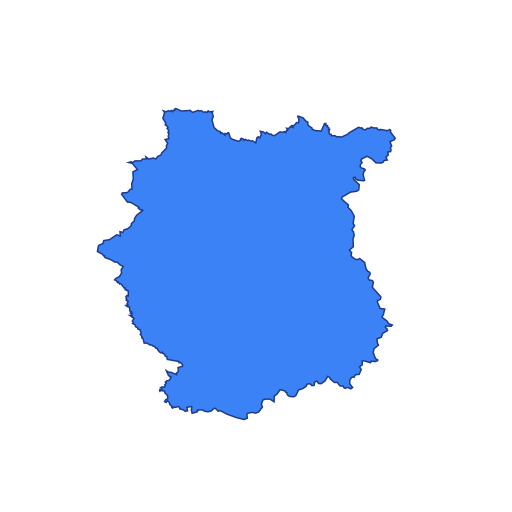 outline of San Sebastián del Oeste, Jalisco, Mexico, rotated 117°
{"feature_id": "50627088B9683107212546", "entity_name": "San Sebastián del Oeste", "entity_type": "district", "adm_level": 2, "iso_a3": "MEX", "parent_name": "Mexico", "parent_adm1": "Jalisco", "projection": "equal_earth", "projection_center": [-104.835, 20.855], "detail": "fine", "context": "isolated", "style": "filled", "palette": "blue", "viewbox_px": 512, "rotation_deg": 117, "n_neighbors": 0, "source": "geoboundaries", "source_scale": "gbopen_adm2", "svg_char_len": 6148}
<svg xmlns="http://www.w3.org/2000/svg" viewBox="0 0 512 512"><g transform="rotate(117 256 256)"><path d="M407.1,192.4L404.5,190.1L401.1,192.3L399.8,191.9L397.1,188.5L396.2,185.0L393.8,182.8L387.6,181.7L385.9,183.8L381.2,184.5L379.4,182.9L377.2,178.6L377.7,173.7L372.3,176.2L370.0,174.7L364.1,173.8L363.0,168.9L363.8,168.2L363.8,166.2L365.2,165.5L365.8,163.8L365.6,161.4L364.1,158.2L362.0,157.1L356.1,157.3L352.6,153.9L349.2,152.1L347.1,152.5L345.3,149.9L346.1,147.3L344.9,145.5L341.7,146.5L339.8,145.0L341.2,142.4L340.1,139.9L336.1,137.8L330.7,137.4L330.7,135.5L331.8,134.1L332.9,129.7L332.9,128.3L331.7,126.3L333.6,122.3L332.3,119.0L333.4,118.0L333.5,116.6L331.5,114.8L331.3,111.2L329.3,110.2L327.4,114.4L323.9,116.1L320.9,115.7L320.0,115.2L319.7,113.7L316.5,113.4L314.7,110.4L309.3,110.7L307.8,113.5L304.7,111.9L301.4,113.8L300.3,112.0L299.1,105.5L297.2,105.5L296.1,102.1L294.0,100.1L293.2,100.6L293.2,103.0L288.7,107.8L285.0,108.7L279.7,106.4L278.8,108.0L274.9,110.6L271.5,107.5L267.4,108.0L262.7,105.0L261.4,106.3L260.7,108.5L259.4,108.7L257.4,103.8L255.6,103.2L256.1,107.2L254.5,109.7L253.4,115.5L252.3,116.3L250.7,115.8L244.8,117.2L246.4,121.6L241.9,127.0L240.6,127.4L238.1,125.5L235.7,126.2L231.1,138.1L226.0,139.5L225.0,141.3L226.0,144.0L224.7,146.2L220.0,146.1L218.9,147.3L218.9,149.6L217.3,152.3L212.4,156.3L211.2,162.5L213.2,163.9L213.8,165.9L213.4,169.5L212.4,171.5L209.5,172.4L208.3,175.4L203.5,173.5L196.8,177.3L193.2,177.8L190.3,180.0L189.1,182.5L184.3,181.9L183.0,184.2L176.0,186.5L172.4,191.6L170.9,196.1L168.6,196.8L166.3,205.7L164.5,206.1L156.2,200.8L152.5,195.6L150.3,194.5L145.5,196.4L143.5,203.6L142.4,204.7L141.3,204.4L140.9,203.2L142.1,202.4L142.2,199.7L140.0,194.0L139.3,193.6L135.3,197.2L132.7,198.1L129.7,197.7L129.2,198.9L129.7,202.0L129.0,203.9L127.2,204.5L124.6,203.9L123.4,205.9L121.8,206.0L116.7,202.3L116.8,197.3L118.5,191.4L116.2,186.4L114.4,185.2L112.8,185.3L110.9,182.6L109.0,185.1L106.0,184.0L103.5,185.8L101.8,183.4L99.9,184.0L98.6,185.4L96.5,185.0L93.3,188.5L89.7,185.6L87.9,185.4L84.5,192.4L82.9,193.0L82.6,194.3L84.6,195.6L86.8,202.8L87.8,202.9L87.8,205.4L87.0,206.4L88.5,209.4L88.8,211.9L90.5,212.5L91.8,214.9L94.0,215.8L94.5,218.0L93.7,219.8L94.4,220.5L94.7,223.0L104.1,229.1L105.2,229.1L111.3,233.8L112.0,236.4L113.1,237.7L113.0,240.5L114.6,243.4L113.6,244.2L114.0,246.0L112.5,247.3L109.8,247.9L110.6,248.8L108.7,249.4L108.5,251.2L107.3,251.5L107.8,253.3L106.2,254.0L107.0,255.1L115.1,254.6L117.5,260.7L117.5,263.5L116.5,264.3L116.1,267.9L115.3,269.6L113.1,270.7L113.2,272.7L111.6,276.7L112.1,281.3L112.6,281.6L112.2,282.7L115.0,279.6L118.0,278.7L118.7,280.4L122.6,281.4L123.5,283.2L124.6,281.6L124.9,284.0L127.8,284.9L128.3,286.7L129.5,285.0L130.4,285.8L132.4,285.5L132.8,286.0L132.2,286.9L134.1,289.2L134.4,290.9L140.4,294.2L141.0,296.2L140.5,298.0L141.3,298.9L141.0,302.9L142.8,303.1L142.1,305.7L142.9,308.8L145.3,306.4L148.9,306.2L148.7,308.1L150.2,308.9L155.3,307.6L155.0,311.5L155.9,312.5L156.1,315.2L157.0,316.0L156.9,318.5L158.4,319.3L157.5,320.8L157.8,322.5L158.9,322.9L159.5,322.2L161.7,323.4L162.7,330.0L162.4,332.5L158.6,336.3L159.1,337.1L160.3,337.2L160.9,339.2L162.4,338.5L161.7,342.5L162.7,343.0L161.3,344.7L161.9,346.6L160.6,351.7L154.7,357.0L151.1,357.4L148.2,360.1L146.8,360.1L148.7,362.9L148.4,364.5L150.4,364.8L150.4,366.1L151.7,368.1L151.4,370.9L152.5,371.8L152.4,373.5L156.8,377.7L156.2,380.9L160.7,388.2L161.0,394.4L162.0,395.1L163.1,394.5L163.6,395.8L165.3,395.9L164.7,397.4L166.3,398.4L166.2,399.9L168.4,401.7L168.7,404.3L169.7,402.6L175.6,401.5L178.1,397.3L180.5,396.2L180.1,395.6L181.4,392.7L182.6,393.2L183.6,390.9L186.1,390.4L186.0,389.4L189.3,388.5L191.0,386.9L193.5,389.9L195.7,385.9L198.6,385.8L200.5,384.7L207.2,386.8L209.0,386.4L211.8,388.7L214.9,389.3L215.4,392.2L218.3,395.5L217.7,399.1L219.2,397.7L221.3,401.3L223.4,401.6L226.2,407.1L228.7,408.2L228.8,410.2L230.5,411.9L229.6,408.3L232.8,400.9L236.9,403.9L243.1,400.3L248.2,399.5L252.7,396.8L253.6,398.3L257.8,399.3L260.5,403.8L262.1,403.7L266.4,394.9L265.2,392.5L265.2,389.1L265.8,382.4L266.7,382.6L267.4,380.2L266.4,378.3L266.8,377.6L274.0,380.9L277.9,381.2L280.1,380.4L283.5,381.8L285.6,381.0L287.5,381.5L290.2,382.9L292.4,385.4L295.5,385.3L296.1,388.2L299.8,386.0L300.3,389.7L308.0,394.0L311.4,398.7L314.4,398.0L317.5,400.7L319.0,400.9L324.0,399.3L324.1,394.1L325.1,391.4L324.6,391.0L326.0,389.9L325.2,383.9L325.5,379.0L324.5,376.9L325.6,373.3L325.6,369.5L329.6,369.9L332.0,368.1L336.3,368.3L339.6,370.7L341.5,371.1L341.4,369.3L342.4,367.3L341.7,367.2L342.8,364.7L342.3,364.6L342.2,363.4L344.4,358.8L344.0,357.9L345.5,357.2L344.8,356.0L345.4,355.3L345.1,353.9L349.6,351.7L349.9,353.1L351.4,353.4L351.8,352.5L353.1,352.4L353.7,351.2L354.5,351.3L354.5,349.2L357.1,349.2L357.7,347.8L359.1,349.5L359.5,346.8L358.9,345.6L362.3,343.4L362.3,341.8L363.9,342.0L363.3,340.3L364.9,340.6L365.6,339.3L366.3,341.1L367.0,336.3L370.1,336.7L371.0,335.0L372.1,335.3L372.1,332.5L373.7,331.3L373.6,329.2L374.8,327.9L374.3,326.0L377.0,323.1L378.3,323.6L379.7,320.8L380.8,320.6L380.9,319.1L384.4,316.1L383.1,313.6L383.4,309.9L382.6,308.5L383.0,306.9L382.5,305.4L383.6,303.6L383.2,301.9L384.1,301.3L385.3,298.4L385.5,296.6L384.1,295.7L385.1,294.8L385.0,292.8L386.4,291.4L386.3,289.7L388.4,288.1L385.1,277.1L386.0,276.2L385.1,275.2L386.2,272.1L387.6,271.4L390.8,274.8L394.3,272.7L396.5,273.8L397.8,272.9L398.2,278.7L399.2,281.3L398.9,283.8L402.3,279.6L402.4,277.1L402.8,277.5L403.6,276.5L406.2,276.9L407.6,278.8L409.4,279.5L409.6,278.5L410.5,278.3L412.0,278.9L412.9,277.9L414.4,278.1L415.1,280.0L416.6,281.2L417.3,279.1L418.6,279.0L418.6,281.0L419.7,280.8L420.1,280.2L419.1,279.8L417.9,276.2L419.4,274.9L420.6,271.4L423.2,269.8L425.1,271.3L427.3,271.3L427.2,269.6L425.2,269.1L425.8,266.8L427.4,265.4L428.2,262.5L429.1,262.4L429.4,261.2L427.8,260.4L427.6,259.3L425.3,256.7L425.6,255.3L426.8,254.6L426.1,250.9L426.5,248.5L425.0,246.7L422.3,248.9L419.5,245.4L419.7,244.6L422.5,243.8L425.1,241.5L421.7,237.7L419.8,238.2L419.8,237.2L418.7,236.6L417.3,233.2L417.7,231.7L416.7,228.1L414.3,225.5L410.5,224.1L410.5,221.9L411.5,219.2L410.0,217.6L410.1,210.1L408.9,200.3L407.1,192.4Z" fill="#3b82f6" stroke="#1e3a8a" stroke-width="1.5"/></g></svg>